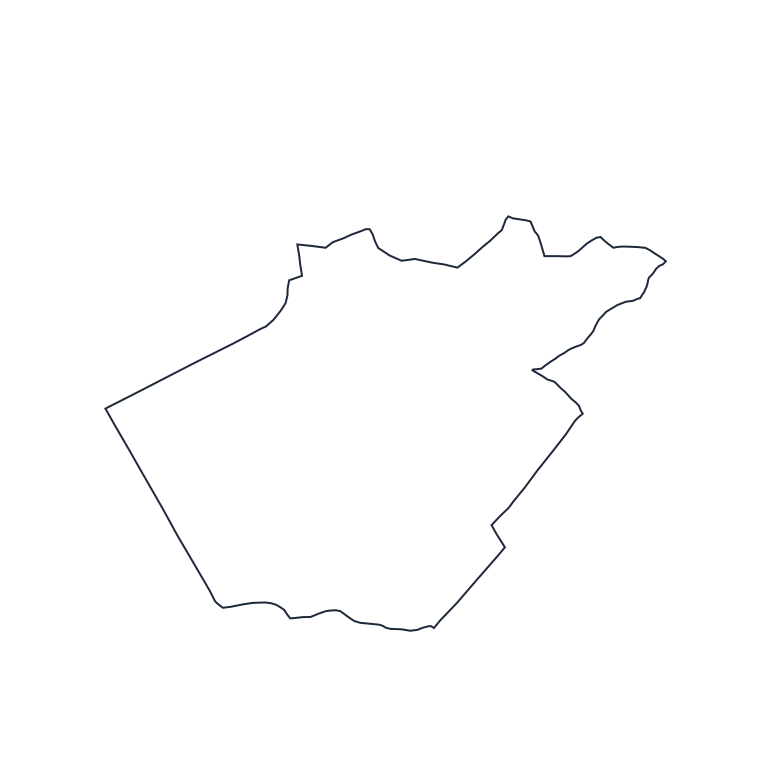 Al-Kahla, Maysan, Iraq (orthographic projection), rotated 130°
{"feature_id": "34846034B65265349522697", "entity_name": "Al-Kahla", "entity_type": "district", "adm_level": 2, "iso_a3": "IRQ", "parent_name": "Iraq", "parent_adm1": "Maysan", "projection": "orthographic", "projection_center": [47.293, 31.762], "detail": "fine", "context": "isolated", "style": "outline", "palette": "slate", "viewbox_px": 768, "rotation_deg": 130, "n_neighbors": 0, "source": "geoboundaries", "source_scale": "gbopen_adm2", "svg_char_len": 2722}
<svg xmlns="http://www.w3.org/2000/svg" viewBox="0 0 768 768"><g transform="rotate(130 384 384)"><path d="M165.3,376.2L167.3,380.4L170.6,385.8L174.2,391.7L175.7,396.5L179.7,396.5L184.3,394.8L190.4,392.7L195.5,393.6L206.4,394.8L215.7,396.6L226.4,398.1L237.8,400.2L247.7,402.6L250.2,407.7L254.3,415.8L256.0,418.4L259.8,424.7L262.1,428.9L268.4,440.8L274.5,446.2L278.3,449.8L279.6,454.3L281.9,462.2L283.5,475.9L280.2,483.1L276.7,488.8L274.6,494.4L276.9,497.3L283.8,501.1L290.9,505.2L298.2,508.6L308.3,514.4L317.2,516.3L318.8,518.9L325.5,529.3L332.8,540.1L339.8,531.9L346.5,524.8L353.8,516.3L365.5,523.3L372.8,519.2L377.9,515.1L385.2,511.4L393.4,510.3L401.6,510.0L405.8,509.9L408.4,510.3L415.7,511.4L422.4,514.5L436.4,520.0L450.8,525.9L490.3,543.0L545.2,566.0L581.9,581.6L589.3,561.9L589.6,561.0L598.6,536.1L607.3,512.7L615.2,491.2L621.7,473.5L632.9,444.7L643.9,413.8L654.6,384.0L659.1,373.6L659.2,371.1L659.3,368.9L659.0,363.6L653.3,358.3L643.0,350.0L636.2,344.0L631.3,338.6L627.3,334.0L624.4,329.3L622.4,324.6L621.5,318.9L621.2,315.3L622.9,309.6L623.8,305.2L620.3,301.6L614.6,296.2L609.8,290.6L606.1,288.6L602.1,286.6L595.5,282.6L592.1,279.6L588.4,275.6L586.1,271.6L585.8,267.3L585.5,262.6L585.2,258.9L584.6,254.2L582.1,248.5L574.1,236.9L571.2,232.5L570.1,229.5L569.5,225.8L567.5,221.8L560.6,212.8L556.1,205.2L551.0,200.5L545.6,197.5L541.0,194.2L539.3,192.5L538.8,188.9L528.3,189.0L520.4,188.4L504.4,187.4L472.8,187.0L443.3,186.4L431.4,186.4L426.5,201.6L423.0,210.9L410.7,210.2L398.7,208.9L389.8,209.4L372.6,209.6L352.2,210.9L325.7,211.6L305.9,212.3L298.1,213.1L289.8,214.0L285.4,213.8L279.0,212.7L277.7,216.4L275.4,220.6L274.9,224.8L274.9,231.4L273.6,240.4L273.6,245.5L273.0,251.4L272.8,255.0L274.2,258.6L275.6,261.9L275.9,265.7L276.4,269.5L277.4,274.9L277.8,276.9L278.0,279.1L276.9,279.1L275.0,276.9L272.7,274.9L271.1,273.3L265.9,272.3L259.1,270.5L254.6,269.0L250.2,268.1L244.2,265.8L239.4,264.5L236.2,263.2L232.4,261.2L227.4,258.2L223.9,257.2L220.4,257.5L215.3,257.5L211.7,257.5L208.3,257.8L207.6,258.1L203.0,259.5L196.4,260.8L190.5,260.4L185.9,260.2L179.9,258.2L173.3,255.9L165.5,251.6L160.3,246.8L155.8,244.5L153.6,243.0L149.8,243.5L146.4,243.8L143.2,244.8L141.4,245.1L137.3,246.9L134.8,248.4L132.2,249.4L129.6,249.2L126.1,249.0L120.6,249.6L116.4,249.0L113.2,247.3L108.8,247.0L108.7,250.4L109.2,255.1L109.9,259.8L110.5,265.6L111.6,271.1L115.9,277.5L121.9,285.3L125.7,290.0L129.0,293.3L132.2,295.9L132.5,301.7L132.6,306.7L132.2,312.6L135.4,315.3L141.1,317.4L146.6,319.0L153.9,320.0L158.4,320.8L165.0,322.8L166.2,323.3L169.2,326.6L175.3,334.2L181.6,341.7L182.9,343.3L181.6,345.2L178.2,350.3L176.0,353.6L173.4,357.7L171.3,361.3L170.5,364.9L170.3,366.6L165.3,376.2Z" fill="none" stroke="#1e293b" stroke-width="2"/></g></svg>